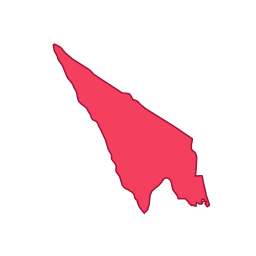 HaDarom, Equal Earth projection, rotated 140°
{"feature_id": "ISR-3053", "entity_name": "HaDarom", "entity_type": "District", "adm_level": 1, "iso_a3": "ISR", "parent_name": "Israel", "parent_adm1": "", "projection": "equal_earth", "projection_center": [34.85, 30.684], "detail": "fine", "context": "isolated", "style": "filled", "palette": "rose", "viewbox_px": 256, "rotation_deg": 140, "n_neighbors": 0, "source": "natural_earth", "source_scale": "10m", "svg_char_len": 3007}
<svg xmlns="http://www.w3.org/2000/svg" viewBox="0 0 256 256"><g transform="rotate(140 128 128)"><path d="M85.7,78.4L86.8,77.2L90.4,74.2L92.9,71.2L93.1,69.6L92.5,66.4L92.6,64.8L94.1,61.5L102.0,52.9L103.0,52.1L105.3,49.7L107.3,47.9L104.8,46.1L102.0,43.8L102.6,42.2L104.3,39.7L110.5,27.6L111.0,26.9L115.0,16.8L115.2,16.7L115.8,16.5L116.0,16.4L116.3,16.4L116.6,16.5L117.2,16.8L117.4,16.8L117.7,16.8L117.8,16.8L118.1,17.0L118.1,17.4L118.1,17.6L118.0,17.8L117.8,18.0L117.7,18.1L117.7,18.3L117.8,19.0L117.8,19.3L117.7,19.6L117.7,20.4L117.6,20.6L117.5,20.8L117.3,20.8L117.2,20.8L116.8,20.8L116.4,20.6L116.1,20.5L115.9,20.6L115.7,20.7L115.7,20.8L115.5,21.0L115.5,21.3L115.5,21.6L115.7,21.9L115.9,22.1L116.3,22.4L116.6,22.8L116.7,23.1L116.5,23.4L116.4,23.5L116.2,23.6L115.8,23.8L115.6,24.0L115.4,24.2L115.4,24.4L115.4,24.5L115.4,24.8L115.5,24.9L117.2,25.6L117.5,25.6L118.4,24.9L118.7,24.7L119.1,24.6L119.2,24.3L119.1,24.2L118.9,23.9L118.9,23.7L118.7,23.5L118.5,23.4L118.4,23.3L118.3,23.2L118.2,23.2L118.3,23.0L118.5,23.0L119.6,22.8L119.8,22.7L120.0,22.4L120.6,22.6L121.7,23.3L122.0,23.6L122.2,23.9L122.4,24.4L122.8,26.0L123.0,26.3L123.1,26.5L123.3,26.8L123.9,26.5L126.2,24.4L128.1,27.2L128.8,27.7L129.2,27.9L129.3,28.0L129.4,28.4L129.4,28.8L129.3,29.0L129.2,29.4L129.2,29.5L129.2,29.9L129.5,30.8L129.6,31.2L129.6,31.4L129.5,31.6L129.5,31.8L129.3,32.2L129.3,32.4L129.3,32.6L129.3,32.8L129.4,34.0L129.3,34.5L129.5,35.2L129.5,35.4L129.5,36.2L129.4,36.8L130.0,37.4L135.0,41.5L133.9,43.9L133.6,46.4L133.5,49.0L133.2,52.1L130.0,58.1L129.0,61.2L129.8,64.3L131.3,65.6L133.2,66.0L135.1,65.6L136.9,64.9L141.1,64.3L149.8,64.4L153.9,62.6L161.5,55.4L165.5,52.8L170.3,52.3L170.2,57.7L170.2,58.7L169.9,60.8L168.7,64.5L167.4,67.2L167.9,67.9L167.8,69.9L166.8,71.8L165.9,74.1L166.3,76.7L167.0,79.0L167.7,80.9L168.8,83.2L169.3,85.8L169.0,88.4L165.7,95.9L165.3,98.6L165.3,101.5L164.5,103.2L162.6,105.3L161.7,106.3L160.9,108.4L160.7,110.5L160.7,112.6L160.5,114.6L160.1,115.5L158.9,116.8L158.3,117.5L157.9,118.6L157.6,119.7L157.3,122.0L156.8,124.2L156.8,124.3L152.7,133.9L149.7,145.3L149.4,147.5L148.1,151.3L148.1,153.6L148.5,154.5L149.5,156.4L149.7,157.8L149.6,159.1L149.2,160.1L148.7,161.0L148.3,162.2L147.6,167.1L147.1,168.7L147.1,171.4L148.5,177.1L148.5,180.1L147.4,183.2L144.4,188.4L143.6,192.1L143.5,193.3L143.3,194.1L142.9,194.8L142.7,195.6L142.1,198.8L142.1,204.5L141.8,206.4L138.5,216.7L138.0,219.0L137.6,224.3L137.0,226.6L136.0,228.4L135.5,230.5L135.2,233.0L134.9,234.3L134.5,235.1L133.3,236.9L132.7,237.9L132.4,238.6L132.3,239.2L132.1,239.5L131.5,239.6L130.9,239.5L130.4,239.5L129.8,238.2L128.2,234.3L127.7,232.0L127.8,225.5L126.0,215.9L123.2,207.0L120.1,197.2L119.7,192.1L119.7,191.6L119.7,191.0L119.6,190.5L119.4,189.9L116.7,180.9L112.5,167.1L110.2,159.4L109.4,158.0L105.6,154.1L105.1,153.3L105.0,152.2L105.1,150.5L105.8,147.7L105.8,146.5L105.1,145.3L104.0,143.6L103.5,142.0L103.4,138.1L101.9,130.7L97.6,117.6L94.0,106.7L91.4,98.6L89.2,90.8L86.4,80.9L85.7,78.4Z" fill="#f43f5e" stroke="#9f1239" stroke-width="1.5"/></g></svg>